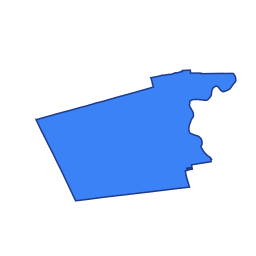 Nicolae Titulescu, Olt, Romania, rotated 19°
{"feature_id": "2599482B32809013995919", "entity_name": "Nicolae Titulescu", "entity_type": "district", "adm_level": 2, "iso_a3": "ROU", "parent_name": "Romania", "parent_adm1": "Olt", "projection": "equal_earth", "projection_center": [24.74, 44.265], "detail": "fine", "context": "isolated", "style": "filled", "palette": "blue", "viewbox_px": 256, "rotation_deg": 19, "n_neighbors": 0, "source": "geoboundaries", "source_scale": "gbopen_adm2", "svg_char_len": 5692}
<svg xmlns="http://www.w3.org/2000/svg" viewBox="0 0 256 256"><g transform="rotate(19 128 128)"><path d="M216.5,129.9L215.7,129.3L214.7,128.8L213.4,128.6L212.2,128.2L210.2,127.3L208.8,126.5L207.1,125.5L204.6,123.4L203.7,122.6L203.1,121.9L202.9,121.4L203.0,120.8L203.3,120.2L203.3,119.3L203.1,118.6L202.8,117.8L202.4,116.7L201.9,116.0L201.3,115.2L200.9,114.5L200.3,114.2L199.5,113.8L198.7,113.4L197.5,112.9L196.4,112.8L195.5,112.9L193.6,113.0L191.4,112.9L189.2,112.8L188.2,112.6L187.6,112.0L186.9,111.1L186.3,110.2L185.8,109.3L185.6,108.1L185.3,106.9L185.1,105.6L185.1,104.2L185.2,103.1L185.2,101.9L185.1,100.9L185.1,99.7L185.4,98.5L185.7,97.5L186.0,96.4L186.0,95.3L185.7,94.5L185.2,93.5L184.8,92.5L184.0,91.6L182.8,90.5L180.4,88.4L179.2,87.4L178.7,86.6L178.5,85.9L178.5,85.1L178.2,84.3L177.8,83.2L178.0,82.2L178.6,81.4L179.5,80.6L180.3,79.9L182.0,79.3L184.3,78.4L187.8,77.6L190.7,76.9L192.4,76.6L193.5,76.0L194.1,75.3L194.6,74.5L195.2,73.1L195.6,71.9L196.0,70.5L196.0,69.2L195.6,67.9L195.3,66.5L195.1,65.3L195.2,63.9L195.4,62.5L196.0,61.7L196.5,60.9L197.2,60.1L198.1,59.6L199.0,59.6L199.8,59.8L200.8,60.4L201.5,60.9L202.6,61.7L204.1,62.4L205.4,62.7L206.3,62.7L207.1,62.2L208.5,61.0L210.0,59.7L211.2,58.3L211.7,57.6L212.1,56.4L212.4,55.2L212.9,53.6L213.5,51.9L213.9,50.5L214.5,49.4L214.6,48.8L214.4,47.7L213.8,46.3L213.0,44.8L211.7,43.5L210.0,42.2L209.8,42.1L208.9,42.5L208.1,42.7L206.7,43.2L204.7,43.9L203.8,44.2L202.8,44.6L202.1,44.8L201.0,45.2L200.5,45.3L200.2,45.4L199.5,45.7L198.8,45.9L197.9,46.2L196.7,46.6L195.9,47.0L194.8,47.3L193.1,47.9L192.0,48.3L190.8,48.8L189.5,49.2L188.1,49.7L187.2,50.1L186.2,50.4L185.6,50.6L185.1,50.8L184.4,51.1L183.6,51.4L182.7,51.7L181.9,52.0L181.5,52.1L180.6,52.3L179.4,52.8L179.1,52.4L176.9,53.1L169.4,55.7L169.2,55.7L168.5,53.9L168.1,53.0L166.5,53.6L162.5,55.2L160.5,56.0L160.6,56.7L160.7,56.9L160.8,57.0L160.4,57.1L160.2,57.2L159.7,57.5L158.9,58.1L158.0,58.8L157.6,59.0L157.4,59.2L157.2,59.3L157.0,59.5L156.9,59.7L156.7,59.9L156.6,60.0L156.4,60.1L156.2,60.1L155.8,60.1L155.5,60.1L155.4,60.1L155.2,60.1L154.8,60.3L154.7,60.4L154.5,60.6L154.3,60.8L154.2,60.9L154.0,61.1L153.9,61.3L153.5,61.6L153.3,61.7L153.0,61.7L152.8,61.9L152.6,62.1L152.3,62.5L152.1,62.8L151.7,63.1L151.4,63.1L151.2,63.2L151.1,63.3L150.9,63.5L150.7,63.6L150.3,63.6L150.0,63.7L149.2,64.0L148.6,64.3L148.1,64.6L147.5,64.9L147.0,65.2L146.5,65.5L146.1,65.7L145.7,65.9L145.3,66.3L145.0,66.5L144.8,66.7L144.7,66.7L144.4,66.7L144.1,66.6L143.9,66.6L143.6,66.7L143.3,66.8L143.1,66.9L142.9,67.1L142.7,67.3L142.2,67.7L141.1,68.4L139.9,69.2L138.7,69.9L136.9,71.0L134.6,72.3L133.2,73.0L133.4,73.2L133.9,73.9L134.4,74.6L134.9,75.3L135.2,75.8L135.6,76.2L135.9,76.6L136.0,76.9L136.2,77.2L136.4,77.5L136.5,77.8L136.6,78.0L136.7,78.4L136.8,78.5L137.0,78.8L137.2,79.0L137.5,79.3L137.8,79.7L138.3,80.4L138.7,81.0L138.1,81.4L137.6,81.7L137.1,82.1L136.7,82.4L135.7,83.1L135.0,83.7L134.1,84.2L133.4,84.8L132.6,85.3L131.9,85.8L131.3,86.2L130.6,86.7L129.9,87.2L128.7,88.0L128.0,88.5L127.4,89.0L126.7,89.4L126.1,89.8L125.7,90.1L125.2,90.4L124.4,91.0L123.8,91.5L123.2,91.8L122.7,92.2L121.6,93.0L121.0,93.3L119.9,94.1L119.4,94.4L118.9,94.8L118.2,95.2L117.4,95.8L116.4,96.6L115.2,97.3L114.5,97.8L113.9,98.2L113.4,98.6L112.7,99.1L111.9,99.6L110.8,100.3L110.3,100.6L109.9,100.9L109.5,101.2L109.0,101.6L108.3,102.0L107.5,102.6L106.0,103.5L105.2,104.2L104.1,105.0L102.9,105.8L101.9,106.5L101.1,107.0L98.9,108.6L98.2,109.2L97.4,109.7L96.8,110.1L96.2,110.5L95.6,111.0L95.0,111.4L94.4,111.7L94.1,111.9L93.3,112.5L92.2,113.1L91.7,113.5L90.4,114.3L89.7,114.7L89.1,115.1L88.6,115.5L87.6,116.3L87.1,116.6L86.8,116.9L86.4,117.2L85.9,117.5L85.5,117.8L85.0,118.1L84.6,118.4L84.3,118.6L83.7,119.0L83.0,119.6L82.2,120.2L81.6,120.6L80.9,121.1L79.8,121.8L79.1,122.2L78.5,122.6L77.6,123.2L77.1,123.5L76.6,123.9L76.2,124.1L75.5,124.6L74.5,125.3L73.1,126.3L72.3,126.8L70.9,127.8L70.3,128.2L69.8,128.6L69.3,128.9L68.8,129.2L68.3,129.6L67.6,130.1L66.5,130.9L65.8,131.3L64.8,131.9L63.9,132.6L63.1,133.1L62.6,133.4L62.2,133.7L62.0,133.8L61.7,134.0L61.1,134.4L60.4,134.9L59.6,135.5L58.4,136.2L57.3,137.0L56.5,137.5L56.2,137.7L55.3,138.3L54.5,138.8L53.4,139.7L52.6,140.3L51.8,140.8L48.5,143.1L47.8,143.6L46.6,144.4L46.0,144.8L45.1,145.4L44.6,145.8L43.3,146.7L42.5,147.2L41.8,147.7L41.2,148.2L40.8,148.4L40.0,149.0L38.5,150.0L38.4,150.0L39.0,150.7L39.7,151.4L40.6,152.2L41.2,152.8L41.6,153.3L42.3,154.0L42.7,154.4L43.0,154.7L43.2,154.9L43.4,155.1L43.8,155.6L45.0,156.8L45.6,157.3L45.9,157.7L47.0,158.8L48.0,159.8L48.9,160.6L49.6,161.2L50.4,162.0L50.9,162.6L51.5,163.2L52.2,163.8L52.8,164.4L53.4,165.0L54.6,166.1L55.8,167.4L56.1,167.7L56.8,168.3L57.6,169.2L58.1,169.6L59.2,170.6L59.6,171.1L60.7,172.1L61.2,172.6L61.9,173.3L62.6,173.9L63.2,174.5L63.7,175.0L64.3,175.6L64.8,176.0L65.3,176.5L65.7,176.9L66.2,177.4L66.8,178.0L67.5,178.8L68.3,179.6L69.2,180.5L70.1,181.4L70.5,181.8L71.4,182.7L72.3,183.6L72.9,184.2L73.8,185.0L74.3,185.6L74.9,186.2L75.6,186.8L76.5,187.7L77.5,188.7L78.0,189.2L78.6,189.8L79.4,190.6L80.2,191.4L101.3,213.0L102.2,213.9L108.1,211.0L113.9,208.2L123.1,203.6L127.5,201.4L180.3,176.0L194.4,169.1L194.9,168.9L195.3,168.7L195.7,168.5L196.8,168.0L197.9,167.5L198.4,167.2L199.6,166.6L200.7,166.1L202.4,165.3L204.3,164.4L205.4,163.9L199.2,155.2L196.1,150.0L197.7,149.0L198.0,148.8L197.7,148.5L202.2,146.0L202.0,145.6L197.4,148.1L196.8,147.3L196.5,147.0L201.3,144.4L200.9,143.7L200.5,142.9L200.1,142.1L200.4,142.0L201.1,141.5L201.8,141.2L202.3,140.9L203.6,140.2L205.0,139.4L205.7,139.1L207.0,138.4L207.8,138.0L208.6,137.5L209.7,137.0L210.7,136.5L212.4,135.5L213.7,134.8L214.3,134.6L217.1,133.0L217.6,132.7L216.7,131.1L216.4,130.6L216.0,130.0L216.3,129.9L216.5,129.9Z" fill="#3b82f6" stroke="#1e3a8a" stroke-width="1.5"/></g></svg>